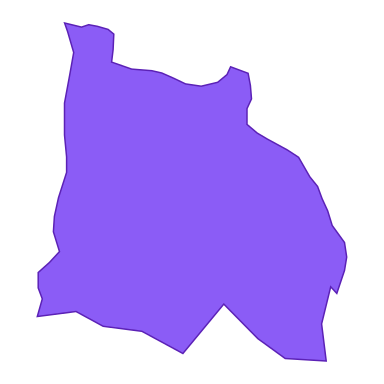 outline of Kontemenos, Cyprus
{"feature_id": "46923920B62470816278945", "entity_name": "Kontemenos", "entity_type": "district", "adm_level": 2, "iso_a3": "CYP", "parent_name": "Cyprus", "parent_adm1": "", "projection": "equal_earth", "projection_center": [33.133, 35.268], "detail": "fine", "context": "isolated", "style": "filled", "palette": "violet", "viewbox_px": 384, "rotation_deg": 0, "n_neighbors": 0, "source": "geoboundaries", "source_scale": "gbopen_adm2", "svg_char_len": 844}
<svg xmlns="http://www.w3.org/2000/svg" viewBox="0 0 384 384"><path d="M182.9,353.5L223.8,304.1L257.9,338.7L285.2,358.5L326.2,361.0L321.6,323.9L330.7,286.8L336.8,293.4L344.5,270.5L346.7,257.1L344.5,242.5L332.2,225.5L327.7,210.9L322.1,198.7L317.6,186.5L309.8,176.8L298.6,157.3L287.4,150.0L267.2,139.0L257.1,133.0L247.0,124.4L247.0,117.1L247.0,108.6L251.5,98.9L250.4,85.5L248.1,73.3L230.6,66.8L227.0,74.6L217.7,82.3L201.2,86.2L185.5,83.9L174.0,78.4L161.8,73.0L151.8,70.7L131.7,69.1L111.6,62.1L113.1,49.6L113.8,34.1L108.1,29.4L97.3,26.3L88.7,24.7L81.5,27.1L64.6,23.0L67.6,31.6L73.7,52.5L69.6,75.6L64.5,103.1L64.5,135.0L66.6,157.0L66.6,172.4L58.5,197.7L54.4,216.4L53.4,231.8L59.5,251.6L49.3,262.6L38.2,272.5L38.2,287.9L42.3,298.9L37.3,316.5L76.0,311.5L103.2,326.3L141.9,331.3L182.9,353.5Z" fill="#8b5cf6" stroke="#5b21b6" stroke-width="1.5"/></svg>